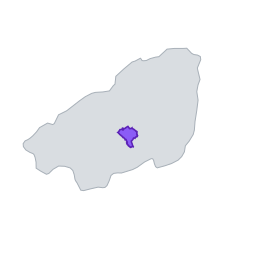 Nubi, Tongsa, Bhutan shown in context, rotated 148°
{"feature_id": "84629894B54102574648684", "entity_name": "Nubi", "entity_type": "district", "adm_level": 2, "iso_a3": "BTN", "parent_name": "Bhutan", "parent_adm1": "Tongsa", "projection": "mercator", "projection_center": [90.45, 27.625], "detail": "fine", "context": "in_parent", "style": "filled", "palette": "violet", "viewbox_px": 256, "rotation_deg": 148, "n_neighbors": 0, "source": "geoboundaries", "source_scale": "gbopen_adm2", "svg_char_len": 5042}
<svg xmlns="http://www.w3.org/2000/svg" viewBox="0 0 256 256"><g transform="rotate(148 128 128)"><path d="M200.4,111.2L200.1,112.7L198.4,116.8L197.3,121.2L198.2,124.8L202.0,129.1L207.0,132.5L213.4,132.7L219.3,131.4L221.7,132.0L224.9,137.7L227.2,142.6L224.1,147.7L222.4,152.2L221.8,155.3L222.2,156.7L224.1,159.3L226.3,163.6L226.6,167.6L225.2,170.3L222.1,171.6L218.9,171.2L216.2,171.3L212.9,171.8L207.6,173.2L202.8,175.2L193.6,174.8L190.0,170.8L188.2,170.8L179.9,176.0L170.9,175.1L154.4,176.8L147.5,177.2L140.4,176.6L136.8,175.5L130.2,171.9L124.1,169.3L118.0,171.7L115.8,172.1L110.9,178.3L100.2,180.3L89.6,181.8L86.5,181.0L80.5,180.6L80.3,179.2L80.4,177.8L79.1,176.7L76.6,175.5L72.5,175.1L67.1,173.5L64.0,172.1L53.1,174.2L46.7,171.0L39.5,166.5L35.9,164.5L34.5,157.6L33.2,155.4L30.4,153.0L28.8,150.3L30.1,147.4L37.3,142.2L37.9,140.9L41.2,131.0L45.8,127.4L50.4,122.4L53.8,114.5L60.5,106.3L67.8,97.9L72.8,91.1L76.2,87.9L83.0,84.5L88.8,82.5L92.8,77.9L97.6,75.3L102.5,74.2L109.8,74.8L116.7,76.4L124.3,78.7L125.1,80.6L124.5,83.8L123.4,87.1L123.4,88.8L124.5,89.7L131.9,90.4L141.0,89.8L146.1,90.3L157.4,93.3L160.7,95.5L164.2,97.1L167.5,96.8L171.8,93.3L176.3,90.3L179.1,89.8L181.1,90.8L184.7,93.7L192.2,96.3L198.8,98.4L201.0,100.3L200.3,108.5L200.4,111.2Z" fill="#d9dde1" stroke="#a8b0b8" stroke-width="1"/><path d="M133.5,109.2L133.4,109.3L133.5,109.6L133.4,109.8L133.4,110.1L133.3,110.4L133.3,110.6L133.2,110.8L133.2,111.0L133.2,111.4L133.1,111.7L133.0,112.0L132.9,112.2L132.9,112.3L132.8,112.5L132.8,112.9L132.7,113.1L132.7,113.3L132.7,113.5L132.7,113.9L132.5,114.1L132.5,114.3L132.4,114.5L132.3,114.8L132.2,114.7L132.1,114.8L131.9,115.0L131.7,115.2L131.4,115.4L131.0,115.4L130.9,115.4L130.3,115.5L130.1,115.6L129.8,115.7L129.6,115.9L129.3,116.1L129.2,116.2L128.9,116.1L128.7,116.3L128.6,116.5L128.4,116.4L128.1,116.4L127.9,116.2L127.7,115.9L127.5,115.6L127.4,115.7L127.2,115.8L126.9,115.9L126.6,116.2L126.3,116.1L126.1,116.0L125.8,116.2L125.6,116.2L125.5,116.3L125.4,116.3L125.4,116.2L125.2,116.0L124.8,115.8L124.7,115.8L124.4,116.1L124.1,116.3L123.9,116.4L123.9,116.6L123.9,116.8L123.9,117.0L123.7,117.4L123.6,117.7L123.7,117.8L123.7,118.0L123.8,118.0L123.7,118.2L123.6,118.3L123.7,118.5L123.4,118.9L123.3,119.0L123.2,119.0L123.1,119.4L122.9,119.5L122.5,119.7L122.4,119.7L122.3,119.8L122.3,120.0L122.4,120.3L122.4,120.5L122.6,120.7L122.8,120.8L122.9,121.0L123.0,121.1L122.9,121.3L123.1,121.4L123.1,121.6L123.0,121.8L123.1,122.0L123.3,122.3L123.3,122.6L123.4,122.9L123.4,123.0L123.5,123.1L123.6,123.5L123.8,123.5L123.9,123.9L123.9,124.0L124.0,124.2L124.2,124.3L124.3,124.7L124.2,124.7L124.2,124.8L124.3,124.9L124.3,125.0L124.6,125.4L124.7,125.5L124.5,126.0L125.0,125.9L125.0,126.0L125.4,126.1L125.6,126.1L125.9,126.0L126.1,126.1L126.3,126.2L126.4,126.3L126.5,126.4L126.6,126.6L126.8,126.8L127.0,126.8L126.9,127.2L127.0,127.3L127.0,127.5L127.2,127.8L127.1,128.1L127.1,128.4L127.2,128.6L127.2,128.8L127.1,129.0L127.1,129.4L127.3,129.5L127.5,129.4L127.9,129.4L128.0,129.4L128.3,129.4L128.6,129.4L128.7,129.5L128.9,129.4L129.0,129.4L129.2,129.5L129.5,129.5L129.7,129.4L129.8,129.3L130.0,129.4L130.3,129.2L130.5,129.2L130.7,129.3L131.0,129.4L131.2,129.5L131.4,129.5L131.6,129.6L131.9,129.4L132.2,129.2L132.4,129.2L132.7,129.0L133.0,129.0L133.1,128.9L133.3,128.9L133.4,129.0L133.1,129.3L132.9,129.6L132.8,129.8L132.8,130.0L132.6,130.3L132.4,130.9L132.4,131.0L132.4,131.3L132.5,131.1L132.8,130.9L133.1,130.7L133.3,130.5L133.4,130.4L133.7,130.3L133.8,130.2L134.0,130.2L134.3,130.2L134.6,130.4L134.8,130.4L135.1,130.6L135.6,130.9L135.8,130.8L136.0,130.8L136.1,130.7L136.5,130.5L136.7,130.4L136.8,130.2L137.0,130.2L137.3,130.2L137.5,130.0L137.5,129.9L137.9,129.8L138.0,129.8L138.3,129.8L138.7,129.7L138.9,129.6L139.0,129.6L138.8,129.2L138.7,129.1L138.8,128.6L138.7,128.4L138.7,128.2L138.6,127.9L138.5,127.7L138.4,127.7L138.4,127.1L138.5,126.9L138.4,126.8L138.3,126.7L138.2,126.5L138.1,126.3L138.0,126.2L137.9,125.9L138.0,125.8L137.9,125.6L138.0,125.4L137.9,125.3L137.8,125.1L137.7,124.9L137.5,124.5L137.5,124.3L137.4,124.2L137.5,124.0L137.4,123.9L137.4,123.7L137.4,123.3L137.4,123.2L137.3,122.6L137.2,122.6L136.8,122.6L136.7,122.5L136.7,122.4L136.7,122.2L136.6,121.9L136.7,121.5L136.7,121.2L136.5,120.9L136.5,120.7L136.5,120.3L136.4,120.1L136.5,120.0L136.7,119.6L136.4,119.5L136.1,119.5L135.9,119.5L135.9,119.4L135.8,119.2L136.0,119.0L136.1,118.7L135.9,118.3L136.0,118.1L136.1,117.8L136.2,117.6L136.0,117.2L136.2,116.9L136.1,116.5L136.1,116.4L136.3,116.3L136.3,116.2L136.6,116.1L136.8,116.3L136.9,116.2L137.0,116.2L137.1,115.7L136.9,115.5L136.8,115.4L136.8,115.2L137.0,115.0L137.1,114.9L137.3,114.9L137.2,114.6L137.2,114.3L137.3,114.1L137.2,113.7L137.1,113.4L136.8,113.3L136.8,113.2L136.8,112.9L137.0,112.9L137.1,112.7L136.9,112.4L136.9,112.2L136.7,112.1L136.7,111.9L136.7,111.7L136.6,111.4L136.4,111.2L136.2,111.0L136.1,110.8L136.0,110.7L136.3,110.4L136.1,110.1L135.9,110.0L135.5,110.1L135.0,110.0L134.8,110.0L134.5,110.1L134.3,110.2L134.2,110.1L134.0,109.8L133.8,109.5L133.6,109.3L133.5,109.2Z" fill="#8b5cf6" stroke="#5b21b6" stroke-width="1.5"/></g></svg>